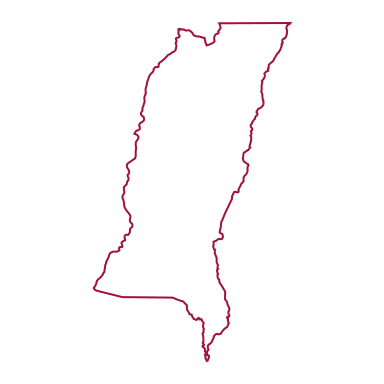 Valle Viejo, Catamarca, Argentina (Natural Earth projection)
{"feature_id": "61730980B26555197201604", "entity_name": "Valle Viejo", "entity_type": "district", "adm_level": 2, "iso_a3": "ARG", "parent_name": "Argentina", "parent_adm1": "Catamarca", "projection": "natural_earth1", "projection_center": [-65.688, -28.627], "detail": "fine", "context": "isolated", "style": "outline", "palette": "rose", "viewbox_px": 384, "rotation_deg": 0, "n_neighbors": 0, "source": "geoboundaries", "source_scale": "gbopen_adm2", "svg_char_len": 5962}
<svg xmlns="http://www.w3.org/2000/svg" viewBox="0 0 384 384"><path d="M249.5,146.3L250.4,143.1L250.5,142.4L250.8,142.0L251.3,138.1L251.2,137.1L250.8,136.2L250.4,135.6L251.2,134.5L251.5,133.8L251.6,133.1L250.9,131.8L251.0,131.0L251.3,130.7L252.2,130.2L252.2,128.5L250.7,126.6L250.7,124.9L251.9,123.6L252.1,123.0L252.1,122.6L253.1,120.9L253.5,120.5L254.0,119.6L255.0,118.8L255.1,117.6L256.1,115.8L256.8,115.6L257.5,114.3L257.4,113.3L256.6,112.6L256.6,111.3L256.9,111.1L258.2,108.8L259.9,108.3L262.3,106.4L263.3,104.7L263.5,103.9L263.4,100.7L262.9,100.4L262.8,100.0L262.7,98.1L262.4,97.2L262.3,94.1L261.8,92.6L261.3,92.0L261.4,90.4L261.7,89.7L261.6,85.0L262.1,83.5L262.3,82.0L261.8,81.2L262.9,79.6L263.4,79.2L264.2,78.0L264.7,76.6L264.9,75.2L264.5,74.2L264.4,73.5L266.3,71.4L267.1,71.4L268.2,70.9L268.3,70.5L267.9,68.5L268.6,68.1L268.7,65.4L269.0,64.6L271.0,62.7L273.1,61.1L274.1,59.1L274.4,58.3L275.5,56.9L275.8,55.9L276.7,54.7L277.3,53.5L278.5,52.8L278.7,52.5L278.8,51.6L279.3,51.2L280.0,50.3L281.7,45.9L281.7,44.5L281.5,44.2L281.7,43.8L282.3,43.6L282.7,42.8L282.7,42.2L282.2,41.6L282.4,39.9L283.3,38.8L284.5,38.6L284.7,38.0L285.7,37.4L286.5,35.4L286.6,34.6L287.0,33.5L286.9,32.3L287.1,31.4L287.1,30.3L286.6,29.2L286.4,28.3L286.4,27.6L286.8,26.1L287.2,25.6L287.7,25.4L288.0,24.1L289.7,23.9L289.7,23.6L290.3,23.0L219.2,23.3L220.0,25.3L220.6,27.8L220.0,29.0L218.2,31.5L218.7,32.3L218.1,33.6L216.5,33.8L214.8,35.5L214.2,37.2L214.3,40.1L214.6,41.2L213.6,42.4L212.4,43.2L208.7,44.8L206.7,45.4L206.1,43.8L205.8,43.7L204.5,37.9L204.1,38.1L202.0,37.3L199.1,36.5L196.6,36.4L193.7,35.3L192.2,32.7L190.6,31.3L190.5,31.0L188.7,30.2L186.4,30.6L184.4,30.0L184.0,29.5L183.2,29.3L182.7,29.6L181.8,29.6L180.3,28.9L179.8,28.9L179.8,29.5L177.7,29.1L178.1,29.4L178.6,30.9L178.7,31.7L178.3,33.1L178.5,34.3L179.5,35.5L179.7,36.1L179.4,36.8L178.6,37.5L177.1,37.7L176.4,38.0L175.9,38.6L175.9,39.2L176.6,41.1L176.2,42.1L175.7,42.6L175.9,44.3L176.2,44.9L176.4,46.7L176.0,47.8L175.6,50.1L173.8,51.8L172.7,52.1L171.3,53.1L170.2,54.1L168.1,54.9L166.8,56.5L163.7,59.5L161.2,61.7L159.7,62.5L158.8,63.7L158.5,66.8L157.8,67.0L155.4,67.1L154.6,67.7L153.6,69.2L153.6,70.2L153.1,71.5L151.7,73.1L150.6,74.0L149.2,76.2L147.8,80.5L147.2,81.7L146.7,85.1L145.6,88.6L145.6,92.5L145.9,92.9L145.5,94.5L145.0,95.1L144.3,97.6L144.6,101.1L144.5,102.3L143.8,104.1L143.5,105.5L142.5,108.0L142.4,108.9L142.5,110.3L142.1,111.2L141.2,112.5L140.9,113.3L141.1,114.6L141.9,115.7L143.7,117.1L144.1,119.2L143.8,120.6L141.8,122.2L140.6,122.8L139.7,123.7L139.1,125.5L139.7,126.7L139.9,128.1L139.8,129.0L138.3,130.2L136.4,130.7L135.5,131.8L134.4,133.8L137.2,134.9L138.5,136.8L138.5,138.1L136.4,141.2L135.8,142.5L135.7,144.1L136.1,148.3L135.7,150.8L135.7,156.4L135.0,158.4L127.7,163.5L127.0,164.5L126.8,166.0L127.2,167.7L128.8,170.1L129.3,172.3L129.2,173.0L127.7,174.9L127.7,175.9L127.9,176.8L128.5,177.7L128.5,180.0L127.1,181.8L126.7,184.2L123.8,187.3L124.3,192.1L124.1,193.3L122.8,195.5L122.5,196.4L122.4,197.7L123.2,199.5L123.9,202.1L124.2,205.8L124.9,207.9L126.7,210.9L128.2,212.5L130.4,215.7L130.4,217.4L129.8,220.0L130.0,221.4L130.3,222.1L132.0,223.7L132.4,224.6L132.5,226.0L131.6,227.4L130.3,228.5L130.0,229.4L130.0,231.0L129.8,232.5L128.1,234.9L126.5,234.7L125.7,234.9L125.1,235.3L124.6,236.1L124.6,237.5L125.1,239.9L125.0,240.4L123.7,240.8L121.8,242.2L121.5,242.9L121.7,244.0L122.2,245.2L122.4,246.0L122.2,246.9L121.7,247.1L120.3,247.0L119.6,247.2L118.9,248.3L119.4,249.4L119.4,250.4L117.1,251.6L112.9,251.7L110.8,252.6L109.7,253.7L108.3,257.8L107.2,260.0L106.2,261.7L106.1,263.3L105.2,265.1L105.0,268.1L104.4,270.1L104.5,271.3L104.4,272.0L103.5,272.8L102.6,274.9L99.9,278.0L98.1,279.4L97.0,280.7L96.6,281.8L96.4,283.3L95.3,285.7L93.7,288.1L95.4,290.2L98.3,291.1L122.2,297.1L172.6,297.6L178.1,299.9L183.2,301.5L185.3,303.8L186.6,304.8L186.9,305.3L186.7,306.2L187.0,307.1L187.0,309.2L187.3,310.1L189.2,313.2L189.5,314.3L191.7,314.6L192.2,316.6L193.3,317.9L193.7,319.0L195.4,319.5L196.4,320.0L197.8,318.3L198.8,318.0L199.1,318.3L199.3,319.4L200.0,319.6L200.6,319.4L201.0,319.0L201.7,319.7L202.2,320.7L202.4,321.5L203.6,322.8L203.5,324.2L203.0,325.5L203.1,327.2L203.9,328.9L203.3,330.9L203.7,332.2L202.5,333.6L203.2,336.1L203.5,341.1L202.9,342.3L203.0,343.6L203.6,343.9L204.0,344.6L203.5,345.9L202.7,345.9L202.7,346.9L203.5,347.3L204.8,348.7L205.1,349.4L205.0,351.2L205.4,351.5L205.6,352.1L205.5,352.5L205.8,353.5L205.6,354.4L204.9,354.8L205.7,356.1L205.3,357.0L205.5,358.3L206.3,359.8L206.7,361.0L207.6,360.7L208.8,357.9L209.0,355.8L207.7,355.3L206.9,352.9L207.0,351.8L208.5,349.6L207.8,347.9L207.8,345.9L208.5,344.9L209.1,344.3L210.0,343.9L211.5,342.2L213.8,337.4L213.8,336.3L215.4,334.5L217.3,333.7L218.3,334.4L220.8,333.8L221.4,332.5L223.1,330.3L224.7,328.6L227.1,327.0L228.8,323.1L228.2,322.2L228.2,320.8L227.8,320.2L228.0,318.8L227.3,318.3L227.0,317.7L227.4,316.8L228.5,316.9L229.4,316.0L229.2,315.0L228.6,314.1L228.3,311.9L229.2,310.4L229.4,308.3L227.4,304.3L227.1,302.1L225.0,299.2L225.2,291.6L221.8,285.9L219.5,282.5L219.2,279.7L218.0,278.5L217.6,276.8L217.4,275.7L217.6,274.6L218.1,274.1L218.0,273.5L217.4,272.9L217.4,272.1L217.1,271.3L217.0,270.2L217.4,269.2L218.1,268.9L217.5,267.9L217.9,264.6L217.4,264.0L216.7,262.4L216.6,260.7L216.6,257.8L214.8,253.3L214.9,249.5L213.9,249.1L213.6,247.7L213.1,246.2L213.6,245.4L213.6,241.6L215.0,241.2L216.8,240.3L218.5,238.9L220.4,239.2L221.9,239.0L222.9,237.3L222.6,234.5L221.7,233.6L220.9,233.5L219.7,232.5L219.8,231.0L220.7,227.3L221.3,222.0L222.3,220.0L225.2,212.9L231.7,199.5L232.1,198.1L232.0,196.5L233.6,193.0L234.2,192.0L235.7,191.8L236.8,192.3L238.3,192.2L238.7,191.4L238.5,189.9L239.0,188.2L240.4,186.0L240.9,184.3L243.5,181.3L243.6,177.4L244.3,176.1L246.2,174.3L247.5,171.7L247.5,167.2L248.5,165.5L248.1,164.2L246.7,163.6L245.2,162.3L243.7,161.4L242.9,158.6L243.6,153.1L244.0,152.5L245.0,152.2L245.5,151.6L247.0,150.8L247.5,150.2L248.3,150.0L249.0,149.2L249.4,148.3L250.2,147.6L249.7,147.1L249.5,146.3Z" fill="none" stroke="#9f1239" stroke-width="2"/></svg>